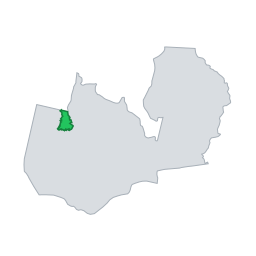 location of Kabompo, North-Western, Zambia, rotated 13°
{"feature_id": "96606910B9917173826335", "entity_name": "Kabompo", "entity_type": "district", "adm_level": 2, "iso_a3": "ZMB", "parent_name": "Zambia", "parent_adm1": "North-Western", "projection": "natural_earth1", "projection_center": [23.814, -13.517], "detail": "fine", "context": "in_parent", "style": "filled", "palette": "green", "viewbox_px": 256, "rotation_deg": 13, "n_neighbors": 0, "source": "geoboundaries", "source_scale": "gbopen_adm2", "svg_char_len": 6391}
<svg xmlns="http://www.w3.org/2000/svg" viewBox="0 0 256 256"><g transform="rotate(13 128 128)"><path d="M168.9,175.4L158.2,175.5L154.3,176.5L151.1,178.0L147.3,180.3L145.0,181.9L144.4,182.8L144.1,184.8L144.1,187.9L143.7,190.1L142.5,192.2L136.7,194.6L132.9,196.7L129.2,199.0L126.4,202.1L124.5,205.9L121.3,210.6L114.5,219.0L110.7,220.6L107.5,220.3L103.6,218.5L100.5,218.2L98.2,219.3L96.1,218.9L94.1,217.2L92.5,216.5L91.2,217.0L89.5,216.9L86.4,215.9L83.7,212.9L82.3,211.7L81.2,211.2L78.0,210.7L70.7,210.1L63.1,211.5L56.4,213.1L49.6,206.4L43.0,199.3L41.6,197.5L39.2,195.1L37.4,194.0L36.7,193.4L34.9,187.1L33.9,181.3L33.8,125.7L63.8,125.7L65.7,125.5L65.8,124.9L64.4,121.9L64.5,120.9L64.8,118.9L66.2,114.8L66.3,113.5L65.6,109.1L65.7,106.7L66.0,101.7L65.8,100.1L66.5,97.8L66.8,96.4L67.1,95.7L66.7,94.0L66.1,88.2L65.8,85.7L67.6,86.1L68.2,87.3L68.5,88.6L69.3,88.7L71.5,89.5L72.2,90.6L72.7,92.9L72.4,94.1L71.7,95.1L72.4,96.0L73.8,96.5L74.7,96.4L77.1,94.7L79.3,94.1L80.4,93.7L85.4,92.7L86.4,92.1L87.1,92.1L87.6,92.6L87.1,94.2L87.0,95.7L87.6,98.5L88.1,99.8L89.1,100.8L89.8,101.3L90.7,102.3L92.4,102.1L96.2,103.5L97.4,104.2L99.0,104.8L100.1,105.1L104.0,105.6L108.1,106.4L110.3,106.5L111.8,106.3L112.9,105.8L113.5,105.4L113.8,105.0L115.4,99.7L116.2,99.3L117.2,99.0L117.8,99.5L118.5,102.8L121.5,105.9L122.5,108.4L123.2,110.6L123.9,111.2L125.0,111.9L126.8,112.2L128.4,112.3L136.5,116.0L137.4,116.6L138.3,118.6L138.9,120.9L139.6,122.6L140.6,123.0L141.5,123.1L142.4,124.3L143.1,125.4L145.5,129.7L145.8,131.5L147.0,132.6L148.5,133.1L150.0,133.2L150.8,132.7L152.9,131.8L154.5,130.8L155.7,130.4L156.4,130.6L156.9,131.3L157.2,133.5L158.3,134.2L159.2,134.0L159.5,133.1L159.5,132.7L159.7,109.8L158.9,110.0L158.0,110.6L155.9,110.7L155.0,111.2L154.8,111.9L154.9,112.9L155.0,114.2L154.6,114.8L153.7,115.0L152.4,114.5L149.9,113.9L147.9,113.5L146.4,111.8L144.4,109.2L143.2,107.9L140.0,105.2L139.5,104.6L138.5,103.4L137.7,101.2L137.0,98.8L136.6,97.2L137.3,94.8L139.2,86.9L139.6,84.4L141.2,81.9L141.3,79.7L140.7,76.8L140.8,75.2L141.1,66.1L140.7,63.3L139.7,60.1L137.4,55.7L137.4,54.8L140.9,51.9L142.0,50.8L143.8,48.5L145.0,46.5L145.8,44.9L146.1,42.8L145.5,40.9L146.7,40.5L175.5,35.4L175.9,36.7L176.8,39.0L177.7,40.6L179.0,42.1L180.0,43.0L180.7,43.2L185.1,43.2L186.7,44.0L188.1,45.1L188.4,46.9L189.4,48.0L190.3,48.8L190.8,48.9L191.5,48.7L192.7,48.7L193.8,49.1L194.3,49.4L194.3,50.9L194.7,51.5L196.2,51.8L197.7,51.9L199.2,52.9L200.7,53.1L202.6,53.5L203.4,54.5L205.4,55.6L207.8,56.6L210.4,58.2L210.5,58.7L210.9,59.6L211.4,60.3L211.4,61.3L211.6,62.2L212.3,62.5L212.8,62.5L213.4,61.9L214.1,61.9L214.8,62.3L215.1,63.4L215.7,64.8L216.7,65.8L217.3,66.7L217.1,68.5L216.6,70.0L218.0,71.6L219.7,73.1L220.1,73.7L220.3,75.9L220.5,76.7L221.7,78.5L222.2,79.7L222.2,80.4L219.0,84.0L217.1,84.6L216.2,85.3L215.7,86.1L216.9,89.7L217.6,91.1L217.0,92.8L215.7,95.7L215.2,96.0L215.0,98.2L215.4,99.0L216.0,99.6L216.3,101.1L216.2,104.8L215.4,109.0L216.7,112.7L217.2,113.1L219.2,113.1L219.5,113.4L219.0,114.5L217.6,116.1L215.1,117.4L211.6,118.8L210.8,120.1L210.3,122.0L210.7,123.2L211.2,123.8L211.0,125.5L210.7,127.3L210.8,128.7L210.6,129.9L210.1,130.6L209.5,132.4L208.7,134.3L208.1,135.2L207.2,136.1L205.7,136.8L205.8,137.2L207.4,138.1L207.8,138.7L207.9,139.1L207.2,140.0L208.0,140.6L208.9,141.1L209.7,142.3L210.7,144.7L210.8,144.9L211.1,145.0L211.6,144.7L212.6,143.8L213.3,143.4L214.2,144.8L199.2,150.6L195.7,151.8L190.4,153.9L188.7,154.6L187.4,155.4L173.4,159.9L171.3,160.8L166.3,163.2L166.2,163.5L166.2,164.6L166.6,166.8L167.5,168.8L168.2,169.9L168.6,172.9L168.9,175.4Z" fill="#d9dde1" stroke="#a8b0b8" stroke-width="1"/><path d="M65.5,125.7L58.8,125.6L58.7,125.7L58.7,125.8L58.7,125.7L58.6,125.8L58.5,126.0L58.4,126.1L58.3,126.3L58.2,126.3L58.0,126.5L58.3,126.7L58.4,126.8L58.4,127.0L58.5,127.1L59.7,127.2L59.8,127.5L60.0,127.7L60.5,129.2L60.5,130.0L61.1,130.5L61.8,131.2L61.7,131.5L61.5,131.8L61.3,132.1L61.1,132.3L61.0,132.5L60.9,132.7L60.9,132.9L60.9,133.0L60.9,133.3L60.8,133.5L60.9,133.8L60.9,134.0L60.9,134.3L61.0,134.3L60.9,134.3L61.0,134.4L60.9,134.5L61.0,134.6L60.9,134.6L60.9,134.8L60.9,135.0L61.0,135.1L60.9,135.2L61.0,135.2L61.0,135.3L60.9,135.4L61.0,135.4L61.0,135.5L60.9,135.6L61.0,135.7L60.9,135.7L60.9,135.8L60.9,136.0L60.9,136.4L60.9,136.5L60.9,136.8L61.0,136.9L60.9,136.9L61.0,137.1L61.0,137.3L61.1,137.5L61.0,137.9L61.0,138.3L61.0,138.5L61.0,138.9L61.1,139.0L61.0,139.5L61.1,139.8L61.3,140.3L61.1,141.2L61.1,141.4L61.2,141.5L60.9,141.7L60.9,141.8L60.8,141.7L60.8,141.8L60.8,142.0L60.7,141.9L60.5,142.0L60.5,141.9L60.4,142.0L60.4,142.3L60.5,142.3L60.6,142.5L60.4,142.7L60.4,142.8L60.5,142.8L60.4,143.0L60.2,143.3L60.1,143.5L60.0,143.8L59.9,143.8L59.8,144.1L59.7,144.3L59.8,144.3L59.7,144.5L59.8,144.7L59.8,144.8L59.9,145.0L60.1,145.1L60.3,145.2L60.6,145.1L60.9,145.0L61.0,144.9L61.4,145.0L61.5,145.1L61.5,145.3L61.7,145.2L61.9,145.1L62.0,145.1L62.2,144.9L62.3,144.5L62.4,144.3L62.6,144.3L62.9,144.3L63.0,144.3L63.1,144.2L63.2,143.9L63.4,143.9L63.5,144.0L63.6,144.3L63.6,144.5L63.8,144.7L64.0,144.5L64.2,144.4L64.3,144.3L64.3,144.2L64.5,144.2L64.6,144.3L64.9,144.3L65.0,144.4L65.1,144.5L65.3,144.5L65.3,144.4L65.7,144.4L65.7,144.6L65.8,144.6L66.0,144.6L66.3,144.7L66.6,144.8L66.6,144.7L66.4,144.5L66.4,144.4L66.5,144.4L66.7,144.5L66.8,144.5L66.9,144.1L67.0,144.0L67.2,143.9L67.3,144.0L67.2,144.2L67.2,144.3L67.3,144.3L67.6,144.2L67.6,143.9L67.6,143.7L67.7,143.8L67.8,143.7L67.9,143.4L68.0,143.5L67.9,143.8L68.0,143.8L68.4,143.9L68.5,144.0L68.7,143.7L68.8,143.5L68.8,143.4L68.9,143.2L69.0,143.3L69.3,143.3L69.4,143.2L69.5,143.1L69.8,143.0L69.9,142.9L70.0,142.8L70.2,142.7L70.3,142.8L70.2,142.9L70.2,143.0L70.3,143.1L70.5,142.9L70.5,143.0L70.7,143.4L70.8,143.5L71.0,143.5L71.1,143.4L71.2,143.5L71.3,143.5L71.3,143.4L71.3,143.2L71.1,143.1L71.0,142.9L71.2,143.0L71.3,143.0L71.3,142.9L71.3,142.6L71.5,142.8L71.7,142.7L71.7,142.8L71.8,143.0L72.0,142.9L72.2,142.7L72.5,142.4L72.7,142.2L73.0,142.0L73.2,141.8L73.3,141.6L73.3,141.4L73.4,141.2L73.5,141.1L73.4,140.9L73.5,140.7L73.5,140.4L73.6,140.1L73.8,139.6L73.9,139.4L73.8,139.2L73.9,138.9L74.0,138.5L74.1,138.4L73.8,138.0L70.4,136.7L70.5,136.6L70.4,136.5L70.5,136.3L70.6,136.1L70.7,135.9L70.9,135.8L71.0,135.8L71.1,135.5L71.4,135.2L71.5,135.2L71.9,135.2L70.9,133.5L70.5,132.9L69.4,133.3L68.7,131.7L68.8,131.7L69.1,131.4L69.1,131.1L69.1,130.9L69.0,130.7L67.7,129.6L67.1,129.0L66.7,128.9L66.5,128.5L66.3,127.7L65.5,125.7Z" fill="#22c55e" stroke="#15803d" stroke-width="1.5"/></g></svg>